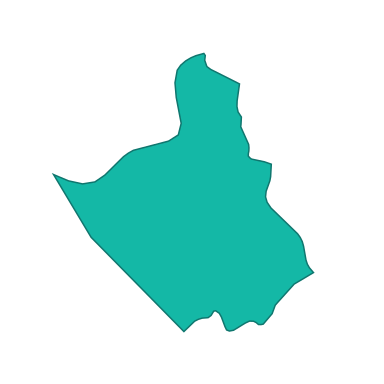 outline of An Giang, rotated 15°
{"feature_id": "VNM-498", "entity_name": "An Giang", "entity_type": "Province", "adm_level": 1, "iso_a3": "VNM", "parent_name": "Vietnam", "parent_adm1": "", "projection": "robinson", "projection_center": [105.251, 10.573], "detail": "fine", "context": "isolated", "style": "filled", "palette": "teal", "viewbox_px": 384, "rotation_deg": 15, "n_neighbors": 0, "source": "natural_earth", "source_scale": "10m", "svg_char_len": 1122}
<svg xmlns="http://www.w3.org/2000/svg" viewBox="0 0 384 384"><g transform="rotate(15 192 192)"><path d="M167.6,55.1L169.5,56.7L170.2,61.5L173.9,67.0L178.5,68.8L209.9,75.3L212.0,92.3L213.3,97.8L215.8,102.8L220.3,106.8L221.8,113.9L222.2,116.4L234.4,131.4L235.6,134.6L236.3,137.7L236.5,140.4L237.1,142.8L239.2,144.1L240.9,144.8L254.2,144.1L261.4,144.6L264.0,157.0L264.3,161.0L263.4,172.1L264.3,177.7L267.2,182.5L272.4,187.0L304.9,205.1L308.3,207.9L311.3,211.3L313.8,215.5L319.7,228.2L322.2,232.0L325.0,234.8L330.2,238.4L314.5,254.5L303.2,276.7L301.7,279.8L300.9,288.8L295.0,301.2L293.0,302.2L290.5,302.8L287.8,301.5L284.9,300.9L281.0,301.8L277.5,304.7L267.9,314.8L264.1,316.6L261.1,316.3L258.7,313.5L252.8,305.2L249.8,302.1L245.6,300.6L243.8,301.5L242.4,306.3L240.1,309.2L234.5,311.2L231.0,313.4L228.0,316.1L220.3,328.9L106.3,261.9L53.8,211.0L69.7,213.2L84.2,212.5L95.6,207.4L103.4,198.3L116.7,175.6L120.4,171.0L124.6,166.9L156.2,148.9L164.0,140.4L163.8,128.5L152.3,104.7L147.3,90.9L146.2,78.2L148.3,72.4L151.9,67.1L154.9,64.0L156.3,62.6L160.5,59.3L167.6,55.1Z" fill="#14b8a6" stroke="#0f766e" stroke-width="1.5"/></g></svg>